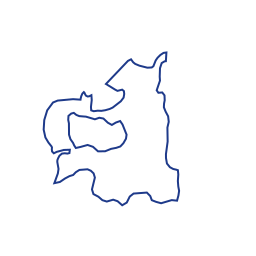 SVG path tracing the border of New Taipei City, rotated 300°
{"feature_id": "TWN-1167", "entity_name": "New Taipei City", "entity_type": "Special Municipality", "adm_level": 1, "iso_a3": "TWN", "parent_name": "Taiwan", "parent_adm1": "", "projection": "mercator", "projection_center": [121.596, 24.984], "detail": "fine", "context": "isolated", "style": "outline", "palette": "blue", "viewbox_px": 256, "rotation_deg": 300, "n_neighbors": 0, "source": "natural_earth", "source_scale": "10m", "svg_char_len": 1966}
<svg xmlns="http://www.w3.org/2000/svg" viewBox="0 0 256 256"><g transform="rotate(300 128 128)"><path d="M155.1,86.9L186.1,94.4L189.0,96.3L187.5,99.6L187.1,102.2L187.7,106.8L189.9,114.6L192.3,118.3L194.2,119.1L200.4,118.2L203.7,118.5L207.4,119.5L210.8,121.2L212.6,123.5L204.8,127.4L204.1,126.4L201.1,124.7L195.8,125.8L188.3,129.8L185.0,132.0L175.0,134.0L173.7,136.7L175.9,139.9L174.5,143.3L170.4,145.9L167.2,147.0L163.9,148.7L161.0,152.4L158.2,156.9L153.7,160.2L148.1,161.9L136.1,169.1L124.4,173.9L121.0,175.9L116.7,179.5L115.0,183.9L115.1,187.6L116.0,190.5L116.4,192.3L112.9,194.8L107.0,197.7L102.5,200.8L99.1,203.7L94.8,205.4L89.6,206.8L87.4,201.9L79.4,194.3L78.1,189.3L77.4,184.7L80.2,181.3L81.5,176.6L74.0,165.6L69.5,163.8L62.8,164.2L58.2,161.6L59.4,155.6L58.5,151.0L53.7,146.4L52.7,141.9L53.7,136.7L53.5,131.1L56.8,127.5L68.5,124.1L71.5,120.9L72.4,117.2L72.0,113.6L67.4,106.9L63.6,104.9L59.9,104.0L57.1,101.4L52.8,98.7L47.2,96.0L43.4,91.8L53.5,90.0L57.8,88.3L63.3,83.7L64.9,82.9L67.0,82.6L69.7,82.5L72.8,83.6L74.5,85.9L75.6,88.4L77.0,89.8L80.1,88.5L76.9,83.4L71.7,78.2L69.0,76.4L69.7,74.0L71.4,72.7L73.1,71.9L73.8,71.0L75.6,66.4L78.5,61.2L84.4,55.8L93.0,51.5L102.9,49.2L112.6,50.3L116.6,53.4L125.5,66.0L128.8,72.7L129.8,72.3L132.2,71.6L135.0,71.3L137.0,71.8L136.8,72.6L135.9,73.8L135.0,75.4L135.1,77.3L136.0,78.5L138.1,79.9L134.1,82.6L127.7,85.4L124.9,87.3L125.4,89.9L127.9,93.2L129.5,96.3L132.0,99.4L135.3,102.6L138.0,104.5L147.5,108.4L152.1,109.0L155.6,107.7L157.9,106.0L158.3,103.8L154.9,100.3L154.8,97.6L155.1,86.9ZM117.7,131.6L121.5,130.1L128.3,121.5L130.1,117.7L126.7,114.8L122.6,112.5L122.5,107.9L123.9,102.0L122.5,98.0L119.0,95.0L116.8,85.9L115.3,82.8L113.9,79.8L113.5,76.7L114.0,73.5L112.1,71.6L108.7,70.4L105.1,72.2L102.5,74.5L92.7,80.3L89.5,83.8L87.6,87.9L86.0,90.1L84.6,92.8L88.0,96.5L93.1,101.5L94.2,107.1L92.8,113.7L96.4,119.8L101.5,123.8L104.9,127.7L108.2,130.6L112.5,131.6L117.7,131.6Z" fill="none" stroke="#1e3a8a" stroke-width="2"/></g></svg>